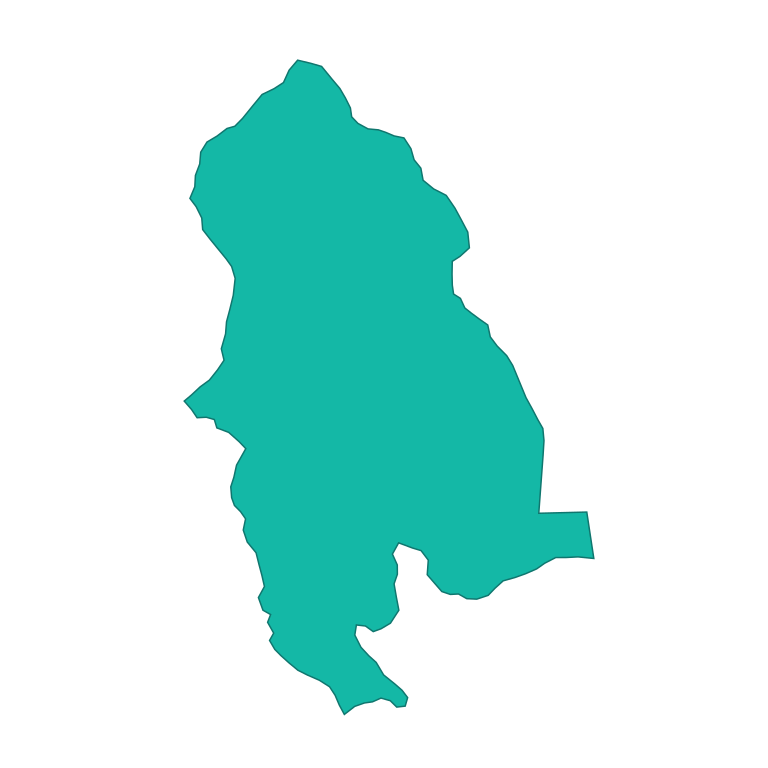 Lontras, Santa Catarina, Brazil, rotated 177°
{"feature_id": "56859067B57169366495150", "entity_name": "Lontras", "entity_type": "district", "adm_level": 2, "iso_a3": "BRA", "parent_name": "Brazil", "parent_adm1": "Santa Catarina", "projection": "orthographic", "projection_center": [-49.504, -27.189], "detail": "fine", "context": "isolated", "style": "filled", "palette": "teal", "viewbox_px": 768, "rotation_deg": 177, "n_neighbors": 0, "source": "geoboundaries", "source_scale": "gbopen_adm2", "svg_char_len": 2145}
<svg xmlns="http://www.w3.org/2000/svg" viewBox="0 0 768 768"><g transform="rotate(177 384 384)"><path d="M440.9,56.1L430.1,63.6L420.2,66.5L412.1,67.2L403.5,70.5L394.3,67.4L388.2,60.7L379.7,61.2L376.8,69.6L382.0,77.2L388.6,83.6L399.6,93.5L406.4,106.4L413.4,113.4L420.8,122.3L426.3,134.8L424.2,144.8L415.2,143.3L407.7,137.3L399.8,139.7L390.1,144.8L381.0,157.3L382.8,170.4L384.4,183.9L380.6,193.3L380.2,202.6L384.5,213.7L377.7,224.6L364.1,218.7L355.7,215.7L349.0,205.8L350.8,191.3L342.9,181.1L337.1,173.7L328.8,170.4L320.6,170.4L312.6,165.3L302.6,164.3L291.0,167.5L284.0,174.1L275.3,181.2L263.3,183.9L252.3,187.2L241.2,191.4L232.9,196.6L221.6,201.7L210.9,201.2L199.3,201.2L183.6,198.8L188.2,245.5L236.2,246.8L228.9,304.2L227.2,319.1L227.7,331.3L232.2,340.2L237.5,351.8L242.9,362.9L254.5,395.8L260.0,405.9L269.1,416.1L275.4,425.5L277.3,437.5L285.7,444.1L293.2,450.3L299.3,455.7L303.2,465.5L309.8,470.2L310.6,479.1L310.3,490.2L309.4,502.9L301.4,507.5L291.6,515.5L292.4,531.3L298.7,544.9L304.0,556.0L312.0,569.1L324.2,576.2L334.3,585.4L335.9,597.6L342.2,606.3L344.8,617.6L351.2,628.7L360.9,631.2L369.1,635.2L376.3,638.1L386.6,639.6L396.4,645.6L402.3,652.5L403.1,661.4L407.6,671.7L412.6,681.4L420.0,691.2L429.7,704.4L440.4,708.1L453.3,711.9L462.3,702.4L468.6,690.3L478.5,684.6L490.6,679.5L500.4,668.8L511.3,656.7L519.5,649.2L527.4,647.4L537.8,640.3L548.1,634.9L554.9,625.1L556.5,613.4L561.4,602.2L562.6,590.9L568.1,579.5L562.3,570.9L557.3,559.3L557.0,547.7L549.9,537.5L542.0,526.7L535.1,517.3L530.0,509.3L527.1,497.3L529.9,480.4L534.1,466.4L538.0,454.4L539.6,442.3L544.6,427.7L542.5,416.1L549.5,406.8L558.2,397.0L567.7,390.8L577.0,383.0L584.4,377.4L577.6,368.7L572.4,360.1L563.2,360.1L555.3,357.4L553.2,348.9L541.6,343.8L531.7,334.0L525.4,326.7L535.5,310.7L538.8,298.7L542.4,289.3L542.1,278.5L539.7,270.5L533.9,264.0L529.3,256.6L532.2,245.5L528.8,233.3L520.6,222.2L518.3,210.4L515.9,199.0L514.0,188.0L520.6,177.3L516.7,164.4L509.3,159.7L512.7,152.1L507.2,141.0L511.7,133.9L506.9,124.6L501.1,118.1L493.6,110.6L484.9,102.6L475.4,97.2L464.2,91.6L454.2,84.5L449.1,75.7L445.4,65.6L440.9,56.1Z" fill="#14b8a6" stroke="#0f766e" stroke-width="1.5"/></g></svg>